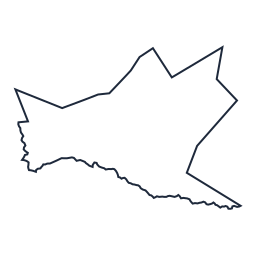 the district of Aroazes, Piauí, Brazil
{"feature_id": "56859067B8295879910763", "entity_name": "Aroazes", "entity_type": "district", "adm_level": 2, "iso_a3": "BRA", "parent_name": "Brazil", "parent_adm1": "Piauí", "projection": "albers", "projection_center": [-41.863, -6.125], "detail": "fine", "context": "isolated", "style": "outline", "palette": "slate", "viewbox_px": 256, "rotation_deg": 0, "n_neighbors": 0, "source": "geoboundaries", "source_scale": "gbopen_adm2", "svg_char_len": 2037}
<svg xmlns="http://www.w3.org/2000/svg" viewBox="0 0 256 256"><path d="M237.0,100.5L216.7,79.1L222.4,47.2L175.4,75.3L171.8,77.4L152.9,48.2L139.6,57.0L130.8,70.5L125.9,75.8L109.3,93.3L98.1,94.5L84.4,99.8L64.8,107.1L62.2,108.1L15.4,89.4L28.0,121.4L18.5,122.3L18.3,124.2L19.0,126.3L20.3,128.1L20.4,130.4L21.0,132.6L22.4,134.5L23.3,136.1L22.1,137.9L21.5,140.1L22.5,141.7L24.4,143.1L25.4,145.5L24.0,147.4L23.7,149.4L25.0,150.8L26.4,151.9L27.8,152.8L27.3,154.4L24.9,155.0L24.3,156.5L23.3,158.2L22.1,159.9L24.0,160.1L25.9,160.7L27.3,161.4L28.6,162.4L28.4,165.1L28.1,166.9L28.4,168.4L29.0,170.1L30.9,170.3L33.4,170.9L35.9,171.8L36.1,170.1L37.7,168.8L40.4,168.4L41.3,167.1L42.5,165.8L43.3,164.4L45.1,164.5L47.2,163.6L50.0,163.5L56.3,160.7L57.8,160.0L61.5,158.2L66.8,158.3L71.9,157.4L73.9,157.9L75.4,159.5L76.6,160.8L80.2,160.0L83.0,161.1L84.9,161.9L85.9,163.1L87.8,164.4L89.3,165.7L90.9,166.3L92.6,166.9L92.8,164.8L94.4,162.5L96.6,162.9L97.2,164.4L99.1,166.5L101.6,167.5L104.3,168.3L105.7,169.5L108.6,169.0L111.3,169.1L112.9,168.8L114.4,169.2L116.0,171.0L117.2,173.1L117.9,175.0L118.3,177.0L120.1,177.5L121.5,178.7L123.0,178.0L124.6,177.8L126.3,179.4L127.3,181.1L128.7,182.8L130.8,183.3L132.6,184.3L134.4,184.5L136.5,185.1L138.1,185.3L139.7,186.4L140.7,188.2L142.7,189.5L145.5,190.4L147.2,192.2L148.3,193.5L149.5,195.0L151.3,195.4L152.7,196.6L153.8,197.9L155.6,197.1L156.9,196.3L159.2,196.9L162.3,196.6L164.4,196.9L166.3,196.9L167.9,196.1L169.6,195.8L172.0,196.3L174.6,196.9L176.9,196.1L178.3,195.0L179.6,196.1L181.0,198.3L183.5,197.9L185.4,198.2L187.1,198.4L189.5,199.3L190.3,200.8L191.3,202.1L192.7,203.6L195.0,203.1L197.6,203.4L199.5,202.8L201.5,202.5L203.4,201.7L205.2,202.4L206.5,204.2L208.2,204.6L210.3,204.1L212.1,203.5L213.4,202.5L214.7,203.5L215.5,204.8L217.1,205.2L218.6,206.3L220.3,207.6L222.2,206.4L224.0,206.6L225.6,206.0L227.4,206.7L228.4,208.7L230.3,208.8L231.9,208.4L232.4,206.4L234.1,205.9L237.1,206.9L239.3,206.5L240.6,205.8L186.8,172.8L197.1,145.9L203.5,138.6L237.0,100.5Z" fill="none" stroke="#1e293b" stroke-width="2"/></svg>